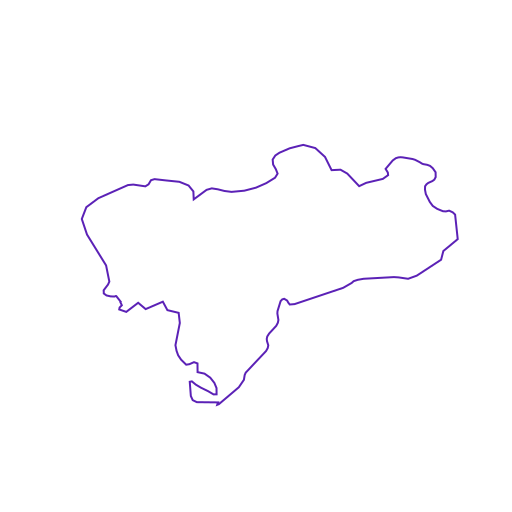 SVG path tracing the border of Monaghan, rotated 296°
{"feature_id": "IRL-3412", "entity_name": "Monaghan", "entity_type": "Administrative County", "adm_level": 1, "iso_a3": "IRL", "parent_name": "Ireland", "parent_adm1": "", "projection": "orthographic", "projection_center": [-6.93, 54.159], "detail": "fine", "context": "isolated", "style": "outline", "palette": "violet", "viewbox_px": 512, "rotation_deg": 296, "n_neighbors": 0, "source": "natural_earth", "source_scale": "10m", "svg_char_len": 2091}
<svg xmlns="http://www.w3.org/2000/svg" viewBox="0 0 512 512"><g transform="rotate(296 256 256)"><path d="M225.5,82.1L238.9,89.0L263.6,109.8L266.4,114.4L270.1,126.0L273.3,128.0L278.1,128.4L280.6,131.1L284.4,141.8L289.1,154.6L289.8,164.5L286.6,171.4L279.6,175.2L293.8,182.6L297.4,186.6L299.2,192.4L300.6,199.1L302.9,205.9L309.6,216.9L317.4,226.0L326.0,233.3L334.7,238.8L339.5,239.3L342.7,235.8L345.7,231.3L350.0,228.7L354.8,229.3L359.1,231.8L367.5,239.0L373.4,245.9L376.6,249.8L379.0,262.0L375.3,274.6L366.3,286.3L370.6,294.1L370.1,301.9L364.0,318.1L370.1,323.0L380.9,336.2L386.6,339.3L388.8,337.9L391.1,334.3L401.8,337.0L405.2,338.8L407.0,340.7L408.2,342.7L409.0,344.8L411.8,354.2L412.2,356.8L412.1,362.0L411.9,363.8L411.8,364.8L411.9,366.0L413.0,369.9L413.3,372.9L412.4,376.4L410.0,380.7L405.7,382.9L402.8,382.8L400.7,381.7L397.2,378.8L395.2,377.8L392.8,377.4L389.7,378.8L386.1,381.5L380.8,388.5L378.5,392.9L377.8,398.1L378.0,401.5L378.2,404.4L379.3,407.1L381.4,409.7L381.5,413.7L380.5,416.8L359.6,429.9L342.6,422.2L333.8,424.0L308.8,409.1L302.2,402.7L299.3,393.6L297.5,389.2L282.7,362.7L279.2,357.9L276.2,354.8L273.7,353.8L265.6,348.3L229.7,311.8L227.2,307.6L228.2,305.5L229.6,303.5L229.9,300.1L228.5,298.6L226.2,297.9L215.9,299.5L213.7,300.4L208.3,304.2L205.6,304.9L202.1,304.8L192.1,301.8L188.6,301.4L186.2,302.0L184.3,303.2L181.1,306.2L178.4,306.9L175.0,306.7L146.7,297.9L144.1,298.0L139.4,299.4L130.5,298.1L106.6,287.6L105.3,286.4L107.8,286.1L98.7,266.9L98.7,262.3L101.6,258.8L113.9,251.6L115.2,253.3L114.0,258.3L113.5,264.4L113.5,272.3L113.0,278.5L114.4,281.2L120.0,278.4L123.7,274.2L126.6,268.2L127.7,261.3L126.0,254.4L133.8,250.5L133.4,246.8L129.6,243.6L127.7,240.9L130.0,234.1L132.6,229.6L135.9,226.2L140.5,222.7L162.4,216.9L171.0,211.4L168.5,200.1L174.1,192.3L159.9,180.1L162.3,170.6L148.9,163.9L148.0,156.5L149.9,156.0L152.9,157.0L155.1,154.3L155.6,154.4L158.7,148.0L158.6,147.6L157.5,146.5L156.0,143.1L155.0,138.9L155.6,135.6L156.8,135.0L158.4,134.1L165.4,135.5L168.7,135.4L181.8,125.4L201.2,94.7L212.9,83.2L225.5,82.1Z" fill="none" stroke="#5b21b6" stroke-width="2"/></g></svg>